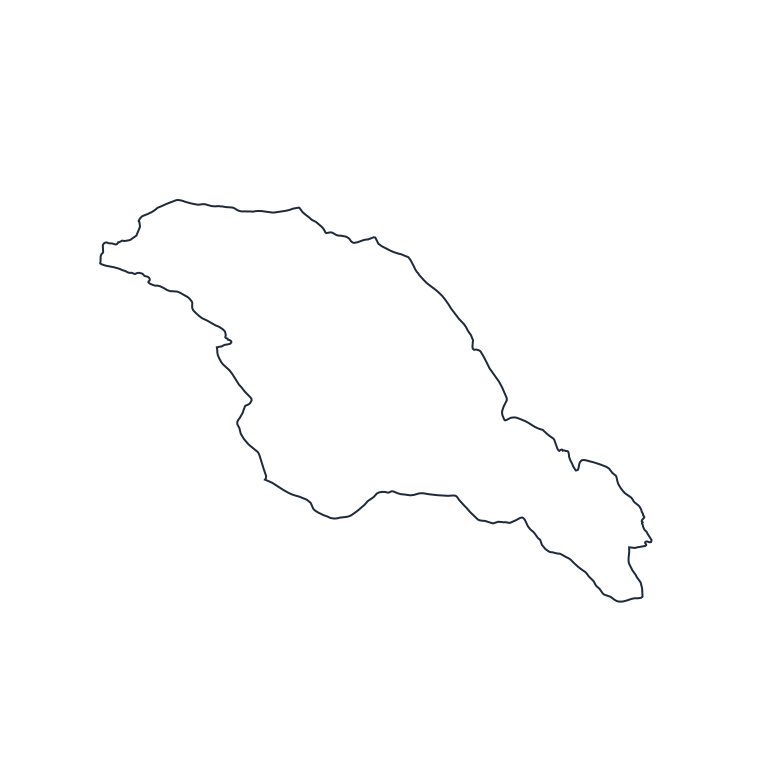 Nuevo Colón, Boyacá, Colombia, rotated 287°
{"feature_id": "7082276B31852180812042", "entity_name": "Nuevo Colón", "entity_type": "district", "adm_level": 2, "iso_a3": "COL", "parent_name": "Colombia", "parent_adm1": "Boyacá", "projection": "robinson", "projection_center": [-73.45, 5.353], "detail": "fine", "context": "isolated", "style": "outline", "palette": "slate", "viewbox_px": 768, "rotation_deg": 287, "n_neighbors": 0, "source": "geoboundaries", "source_scale": "gbopen_adm2", "svg_char_len": 6140}
<svg xmlns="http://www.w3.org/2000/svg" viewBox="0 0 768 768"><g transform="rotate(287 384 384)"><path d="M479.4,110.3L477.6,108.5L474.6,104.7L473.6,103.6L472.1,102.8L470.7,102.2L468.3,101.7L467.8,101.9L467.8,102.4L467.2,102.8L463.1,104.7L453.4,103.8L449.2,100.4L448.0,99.6L447.1,98.5L444.9,94.2L444.6,91.8L441.9,89.0L441.9,88.5L440.1,88.0L439.0,86.8L438.9,82.7L438.1,79.9L438.3,77.3L437.7,76.1L436.7,75.1L435.0,74.6L434.2,74.6L427.9,76.9L427.2,76.7L425.4,75.8L423.1,75.7L418.3,77.1L416.4,77.3L415.9,78.9L415.8,83.3L416.7,91.7L416.8,95.1L416.8,97.3L416.4,100.5L416.4,103.7L415.9,105.8L415.8,107.4L416.1,109.0L416.6,110.1L416.3,113.2L416.7,114.2L417.6,115.0L418.7,117.1L418.9,120.3L418.5,121.5L417.6,122.8L417.3,123.9L417.5,126.5L417.0,128.1L416.3,128.9L415.6,129.4L414.8,129.6L413.9,129.3L413.2,128.8L412.4,128.9L411.9,129.8L411.4,131.3L411.2,133.5L411.1,136.5L411.8,138.2L412.0,141.3L411.3,145.8L410.4,149.2L410.3,152.5L410.8,154.3L411.8,158.7L411.9,160.2L411.7,162.0L409.7,170.9L408.8,173.0L406.3,176.5L405.3,177.0L402.2,177.8L400.6,178.4L398.7,180.0L397.2,182.6L395.0,187.3L393.7,190.9L393.0,196.0L390.7,206.3L390.6,208.7L390.3,210.3L389.2,213.8L387.9,216.3L387.1,217.0L384.5,218.4L382.5,218.5L382.0,218.9L381.7,219.6L381.7,221.1L381.5,221.3L381.0,221.5L380.7,221.9L380.8,222.9L380.7,224.3L380.2,225.4L379.2,225.8L377.7,225.3L376.5,223.6L374.8,220.1L373.7,218.9L372.6,218.0L371.5,215.7L370.2,213.4L367.8,214.6L365.4,215.4L362.9,216.7L360.4,218.9L357.2,222.1L355.5,224.6L351.9,232.3L348.8,236.5L340.9,245.6L339.2,248.6L336.6,252.2L335.5,254.0L332.5,259.6L331.2,261.5L329.5,262.2L326.5,261.5L325.6,261.0L324.0,259.5L323.2,258.3L322.2,257.6L317.9,257.3L315.1,257.3L309.0,255.9L307.9,255.4L305.4,254.8L303.9,255.0L302.5,255.6L299.5,258.6L294.5,261.6L290.4,266.2L286.9,271.7L285.8,274.0L282.2,282.8L281.4,284.0L279.5,285.7L268.0,293.5L261.5,298.2L259.2,298.6L257.7,298.1L257.4,301.5L256.8,306.2L253.3,318.5L252.1,324.0L251.6,326.8L251.4,330.3L251.5,336.2L250.8,343.9L250.0,346.0L248.8,348.7L247.1,350.2L244.9,352.0L243.5,353.5L242.6,355.7L241.7,359.3L240.9,364.7L240.7,368.9L240.2,372.0L240.8,375.9L242.0,378.8L243.3,380.8L245.1,385.1L246.7,388.4L248.5,390.7L251.7,393.3L255.8,396.3L260.1,399.0L263.1,400.9L267.1,402.6L273.0,407.3L277.1,409.1L278.9,411.0L280.2,413.6L281.1,416.7L281.2,419.1L281.4,419.8L282.0,420.9L283.0,421.8L283.7,422.9L284.0,424.4L283.5,429.1L283.6,432.6L284.4,436.3L285.2,441.6L286.6,444.9L289.8,449.8L291.0,453.5L291.8,459.7L293.3,467.6L295.7,477.7L297.6,482.7L298.0,484.5L297.9,485.7L297.3,487.0L295.1,489.7L291.1,496.4L289.5,499.4L286.6,504.0L281.8,513.5L281.6,515.3L281.9,517.5L282.6,520.7L282.5,527.6L282.6,529.1L285.7,533.6L286.7,538.6L287.3,540.4L287.9,544.9L292.1,549.8L295.7,553.3L296.7,555.1L296.6,556.2L296.0,557.4L295.0,558.7L290.0,563.2L287.9,566.2L287.0,568.1L286.3,570.0L285.1,571.8L281.6,576.4L280.6,578.9L276.3,582.1L273.4,586.5L272.2,590.0L271.9,591.4L271.9,592.5L272.3,594.2L272.6,599.8L273.0,601.1L273.1,602.0L272.8,604.1L271.6,609.3L271.4,611.3L270.5,614.0L268.3,618.0L265.6,623.8L263.8,628.9L263.0,631.7L262.0,633.3L259.8,636.2L257.0,641.6L256.5,642.3L253.4,645.4L252.7,646.5L251.2,649.9L247.5,654.7L247.0,655.9L246.7,663.0L245.0,667.7L244.5,670.0L244.6,672.2L245.2,674.4L246.1,676.5L247.9,679.4L250.9,683.6L252.4,686.3L253.5,689.9L254.8,692.5L256.2,693.4L264.0,690.6L269.3,687.4L273.4,682.0L274.6,681.0L278.5,676.0L281.4,673.2L284.5,670.4L286.4,669.6L288.9,668.8L295.2,667.6L297.8,666.7L299.5,666.2L300.6,672.0L301.6,673.5L305.6,681.3L306.4,681.8L306.9,681.8L308.5,680.1L309.1,680.1L309.6,680.4L310.2,681.1L310.4,681.8L310.2,683.8L310.5,684.9L311.1,685.6L312.0,685.6L313.0,685.5L313.5,684.9L317.3,680.4L319.4,678.3L320.7,675.8L323.1,673.6L324.6,672.8L326.0,671.5L326.5,671.5L327.1,671.9L327.4,671.7L327.6,670.9L328.3,670.5L329.4,670.6L332.4,671.9L333.1,671.7L334.3,670.1L335.2,669.9L335.8,669.3L337.1,667.9L338.4,667.2L340.4,665.4L341.5,664.1L342.2,663.0L343.6,659.4L344.3,657.8L345.2,656.6L346.5,655.3L347.7,653.5L350.1,646.1L351.5,643.8L353.5,641.0L356.1,638.0L357.6,636.7L359.8,635.3L363.2,633.4L364.1,632.5L365.7,628.4L368.9,624.0L369.8,621.0L370.3,613.7L370.4,607.3L370.0,598.4L369.5,596.7L368.8,595.3L367.0,594.4L365.0,594.1L360.3,594.6L358.8,594.6L357.7,593.5L357.4,592.6L360.7,588.8L362.4,587.5L366.0,584.1L368.5,582.3L370.1,581.7L372.6,580.4L373.3,579.6L373.4,578.5L373.1,577.4L373.2,575.9L373.0,575.0L372.5,574.4L373.3,573.5L373.1,572.8L372.6,572.1L371.3,571.2L371.5,570.3L373.0,568.6L380.6,563.0L381.4,561.7L382.8,557.3L384.0,554.4L386.5,549.2L386.5,545.4L386.8,542.8L387.2,540.4L389.0,533.7L389.7,530.4L390.2,525.8L390.5,521.4L390.4,519.3L389.7,517.2L388.9,515.4L387.7,514.0L385.7,512.0L384.6,510.5L385.1,509.4L388.6,506.5L390.7,505.4L392.5,504.9L397.6,505.0L404.3,506.2L406.4,505.5L415.0,498.2L419.8,493.4L429.8,480.4L437.3,473.3L439.5,471.1L443.4,466.8L444.0,464.8L443.9,462.1L443.0,460.0L443.7,458.6L445.4,457.7L451.9,456.3L456.2,452.8L459.5,448.6L462.3,445.9L464.6,443.0L468.2,436.6L475.7,426.2L478.8,422.7L482.3,418.2L485.1,414.2L487.2,410.2L489.0,406.2L492.9,395.6L495.2,391.3L498.8,385.4L499.7,384.6L500.8,382.6L502.7,380.4L505.4,378.0L510.3,373.1L512.4,370.2L512.7,366.3L513.1,362.6L512.9,359.3L513.0,354.4L513.5,350.5L515.1,341.6L516.5,337.6L521.5,332.9L521.3,331.2L517.7,326.7L516.6,324.0L515.1,321.6L512.0,317.5L510.3,314.4L510.1,312.8L510.7,311.0L512.8,308.3L513.4,306.5L513.8,304.7L513.3,299.8L512.6,297.0L512.5,295.1L513.4,291.3L513.6,289.8L513.5,288.9L512.9,287.5L511.6,285.1L511.5,284.4L511.8,283.6L513.0,282.6L515.4,279.8L516.3,278.1L519.1,271.5L519.9,266.9L521.5,263.5L523.4,258.4L524.6,255.8L527.8,251.5L527.7,250.8L524.9,245.4L523.5,243.7L521.3,240.2L516.1,229.4L515.3,227.1L513.6,216.5L512.8,213.4L511.4,209.9L510.4,208.2L510.1,206.3L507.4,197.3L507.2,195.2L507.4,193.0L508.5,188.5L508.2,186.3L506.9,180.8L506.5,177.3L506.0,175.6L505.9,174.3L504.5,170.5L503.7,166.9L503.6,160.3L503.0,158.1L501.2,154.2L501.0,153.1L500.6,150.1L500.3,146.7L500.1,140.0L500.3,138.8L500.2,135.9L499.6,132.6L498.9,131.4L492.6,123.3L491.5,122.1L487.6,117.6L487.0,116.7L486.2,115.9L484.0,114.5L482.1,113.0L480.1,111.3L479.4,110.3Z" fill="none" stroke="#1e293b" stroke-width="2"/></g></svg>